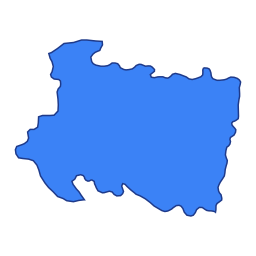 outline of Nyasvizh, Minsk, Belarus
{"feature_id": "67162791B10653728732828", "entity_name": "Nyasvizh", "entity_type": "district", "adm_level": 2, "iso_a3": "BLR", "parent_name": "Belarus", "parent_adm1": "Minsk", "projection": "mercator", "projection_center": [26.624, 53.238], "detail": "fine", "context": "isolated", "style": "filled", "palette": "blue", "viewbox_px": 256, "rotation_deg": 0, "n_neighbors": 0, "source": "geoboundaries", "source_scale": "gbopen_adm2", "svg_char_len": 2984}
<svg xmlns="http://www.w3.org/2000/svg" viewBox="0 0 256 256"><path d="M48.8,53.5L50.2,58.4L52.0,61.6L53.3,66.5L52.1,71.7L50.6,74.5L51.4,77.0L54.1,79.0L58.8,79.5L60.4,81.0L60.7,84.0L60.4,86.4L58.2,88.9L57.1,92.0L58.0,99.1L58.3,104.9L58.0,111.0L54.1,115.2L49.9,115.5L42.5,115.5L38.6,116.8L38.3,123.0L37.6,127.2L34.1,129.4L30.2,129.4L27.6,132.0L28.6,138.1L27.3,141.4L24.4,143.6L22.1,144.6L16.7,146.5L15.4,149.7L16.0,153.9L18.6,157.8L22.8,158.5L28.6,159.1L33.4,160.7L37.0,165.2L38.9,170.1L40.5,175.9L45.0,183.0L48.6,187.5L53.1,191.7L57.6,196.5L63.1,198.5L66.7,200.7L73.4,201.7L78.9,200.4L83.8,199.8L84.4,199.8L81.0,195.0L78.9,191.7L76.4,189.0L74.3,186.1L73.1,184.5L71.9,181.3L72.6,180.8L74.7,179.2L75.3,178.2L76.5,175.7L80.7,174.7L83.3,175.6L84.5,177.3L84.6,178.4L85.8,180.1L87.8,181.1L89.2,181.0L90.9,180.1L91.9,180.0L94.2,181.4L94.6,183.9L95.4,185.5L96.3,187.8L98.0,190.8L102.4,192.8L104.1,192.7L106.5,192.0L109.4,191.2L112.2,192.0L114.1,194.4L116.8,195.9L120.6,195.6L122.6,193.7L123.5,191.5L122.7,189.1L121.7,186.1L122.7,183.6L125.1,184.3L127.0,186.4L130.9,190.0L134.2,192.6L136.0,194.2L140.2,195.9L145.3,198.8L150.2,202.5L154.1,206.0L161.9,210.6L164.9,211.5L167.8,211.0L169.7,210.1L171.7,209.0L173.3,207.6L176.3,205.6L179.1,205.3L181.1,206.2L182.9,208.5L184.3,212.2L186.9,215.2L190.9,216.0L193.3,215.2L195.3,212.6L196.6,209.6L199.3,207.4L202.3,207.5L204.9,209.3L206.7,210.4L208.8,210.8L211.5,210.9L213.7,211.3L215.4,212.0L215.5,212.1L215.9,209.7L216.0,205.5L217.0,203.5L219.4,201.8L221.7,200.0L221.8,198.2L221.0,194.7L219.6,193.1L218.6,191.1L218.0,187.4L218.9,184.9L220.2,182.3L222.6,178.7L224.3,176.0L224.9,172.8L225.2,169.6L226.2,165.7L227.0,163.1L227.3,160.4L226.3,158.0L225.4,154.9L225.9,150.7L226.8,147.2L228.6,145.9L229.9,144.1L230.5,141.5L229.9,139.4L230.4,137.5L232.3,136.2L234.0,135.1L235.5,132.3L235.8,129.7L234.8,128.3L233.3,126.6L232.1,125.2L231.7,123.1L232.8,121.7L234.6,121.1L235.9,120.4L238.2,118.7L238.5,116.3L238.2,105.0L238.9,99.8L239.6,96.4L239.6,93.5L239.3,87.6L240.2,84.3L240.6,82.0L239.4,80.0L238.0,78.9L237.3,78.4L234.1,77.3L230.8,77.1L228.6,78.0L226.6,79.1L224.1,79.8L219.6,80.3L217.0,80.3L213.0,78.8L211.7,77.1L211.2,75.4L210.9,72.9L210.0,70.2L209.0,68.8L207.1,68.1L204.3,67.9L203.4,68.3L202.8,70.0L202.9,72.4L202.7,74.9L201.0,76.7L197.9,77.9L195.6,78.7L192.2,79.5L189.0,78.9L186.2,76.9L183.3,75.8L180.0,74.5L175.4,73.4L172.4,74.3L171.5,75.5L169.1,77.5L167.7,78.1L165.3,77.8L162.9,76.8L159.5,76.8L157.8,76.9L154.3,77.7L151.3,77.2L150.3,74.6L152.7,72.7L154.4,71.3L154.5,69.5L152.2,67.1L150.4,66.0L148.1,65.9L145.5,66.2L141.1,64.4L139.1,64.3L136.2,65.5L134.6,67.2L132.3,68.9L128.9,69.6L126.0,69.9L123.8,69.5L120.3,67.7L119.5,65.9L117.7,63.7L115.0,63.0L112.1,63.0L109.8,64.7L107.6,65.7L104.3,66.2L100.8,66.2L95.8,65.1L93.2,63.7L91.7,61.6L90.8,57.1L92.9,54.2L95.1,52.4L97.5,51.3L99.8,50.4L100.7,48.1L102.5,44.9L102.2,41.4L95.8,41.0L86.7,40.0L81.6,40.0L73.6,42.5L64.0,43.5L57.4,48.6L51.4,52.6L48.8,53.5Z" fill="#3b82f6" stroke="#1e3a8a" stroke-width="1.5"/></svg>